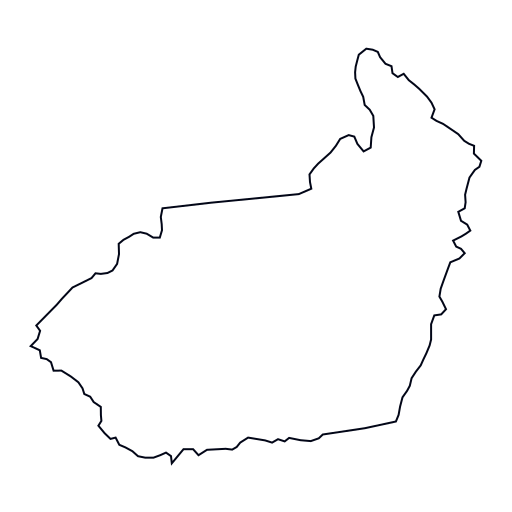 outline of Passa Sete, Rio Grande do Sul, Brazil
{"feature_id": "56859067B88123902402315", "entity_name": "Passa Sete", "entity_type": "district", "adm_level": 2, "iso_a3": "BRA", "parent_name": "Brazil", "parent_adm1": "Rio Grande do Sul", "projection": "robinson", "projection_center": [-52.86, -29.419], "detail": "fine", "context": "isolated", "style": "outline", "palette": "ink", "viewbox_px": 512, "rotation_deg": 0, "n_neighbors": 0, "source": "geoboundaries", "source_scale": "gbopen_adm2", "svg_char_len": 2136}
<svg xmlns="http://www.w3.org/2000/svg" viewBox="0 0 512 512"><path d="M400.1,406.5L402.5,397.3L407.1,390.8L409.8,385.8L411.6,378.2L415.9,371.6L420.7,365.4L423.4,359.4L426.3,353.4L429.6,345.5L431.1,339.5L431.1,332.7L431.1,324.2L434.3,315.4L441.2,314.4L446.0,309.2L442.3,301.6L439.4,296.6L440.7,288.7L443.6,280.5L447.7,269.3L450.3,262.3L459.4,258.5L464.7,253.2L461.0,248.8L456.2,246.6L453.1,240.6L461.3,236.5L465.9,233.7L470.3,230.6L467.2,224.6L461.0,220.8L458.3,211.8L464.7,208.3L465.6,202.3L465.1,194.7L466.6,188.5L469.5,177.5L474.9,169.9L479.4,166.8L481.3,160.8L473.9,153.6L474.1,145.8L469.0,143.8L464.2,140.8L458.3,134.2L450.4,128.8L443.1,123.9L436.5,120.9L431.5,117.7L434.6,109.3L431.5,102.7L427.1,96.7L419.4,89.0L414.6,84.8L408.8,80.2L403.7,73.8L397.8,77.0L392.5,73.2L391.5,66.2L385.5,63.8L380.1,57.2L377.8,51.9L372.7,49.7L366.3,48.7L358.8,54.7L357.2,60.7L355.7,66.6L355.1,72.3L355.4,78.6L358.1,85.4L360.5,91.2L363.2,96.8L364.7,105.0L369.7,109.7L373.3,115.9L374.0,127.5L371.4,137.2L370.7,147.6L363.6,151.4L357.4,143.9L354.3,136.6L348.7,135.1L340.2,138.9L335.9,145.8L330.5,152.6L324.7,157.8L318.2,163.6L313.8,168.4L309.5,174.4L310.0,182.1L311.3,188.7L298.8,194.1L211.0,202.7L162.5,208.3L160.8,217.0L161.7,224.2L162.0,230.2L159.8,237.6L153.2,237.6L146.7,233.7L140.3,232.2L133.7,233.8L129.1,236.8L123.5,239.8L118.7,243.8L119.0,254.1L117.1,263.9L112.5,270.5L107.5,273.0L100.8,273.9L95.5,273.3L91.5,278.1L72.5,287.5L61.9,298.8L56.8,304.7L36.3,325.5L40.1,330.8L37.6,339.0L30.7,346.1L39.8,350.3L41.1,357.9L46.7,359.1L51.0,362.2L53.6,370.7L61.4,370.6L71.0,376.6L78.4,382.3L82.5,388.3L84.3,394.0L90.2,396.7L93.7,402.1L100.8,406.9L100.9,415.1L101.4,420.9L98.4,425.7L104.6,433.2L110.5,438.9L115.6,437.6L119.3,444.8L125.4,447.4L132.4,451.2L138.0,456.2L145.4,457.7L153.4,457.7L160.2,455.2L166.0,452.6L171.0,456.1L171.8,463.3L183.5,449.2L193.1,449.2L198.5,455.2L207.0,449.8L225.7,448.8L232.2,449.6L236.7,447.0L240.2,442.6L248.1,437.6L265.1,440.4L272.1,442.6L278.0,439.2L284.7,441.4L289.1,437.9L300.5,440.2L310.8,441.1L318.8,438.3L322.8,434.5L364.9,428.2L395.9,421.5L398.6,414.9L400.1,406.5Z" fill="none" stroke="#020617" stroke-width="2"/></svg>